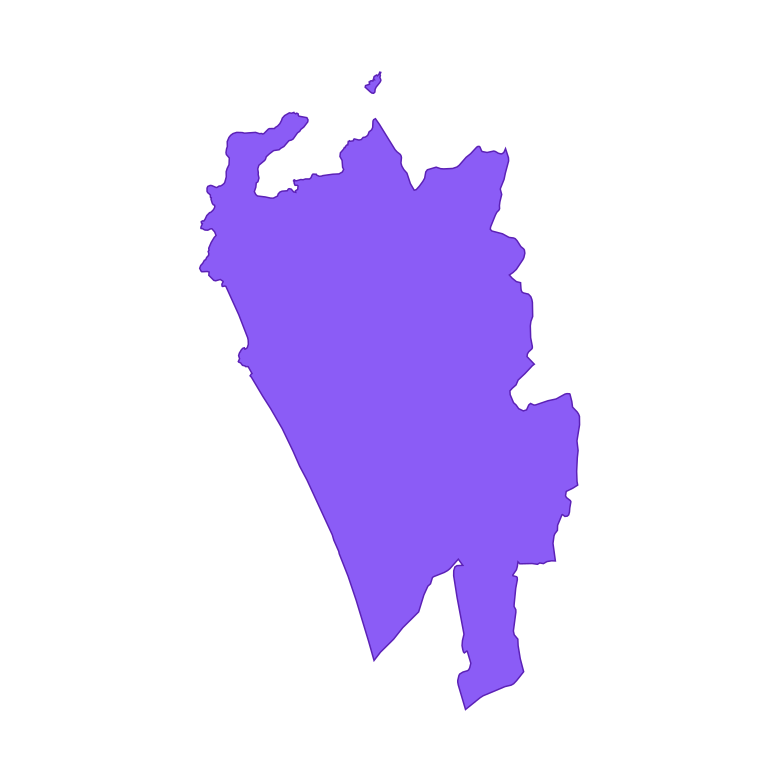 outline of Dong Hoa, Phú Yên, Vietnam, rotated 190°
{"feature_id": "81297802B45644811289425", "entity_name": "Dong Hoa", "entity_type": "district", "adm_level": 2, "iso_a3": "VNM", "parent_name": "Vietnam", "parent_adm1": "Phú Yên", "projection": "robinson", "projection_center": [109.384, 12.945], "detail": "fine", "context": "isolated", "style": "filled", "palette": "violet", "viewbox_px": 768, "rotation_deg": 190, "n_neighbors": 0, "source": "geoboundaries", "source_scale": "gbopen_adm2", "svg_char_len": 6157}
<svg xmlns="http://www.w3.org/2000/svg" viewBox="0 0 768 768"><g transform="rotate(190 384 384)"><path d="M345.8,110.0L340.9,119.3L330.2,134.4L323.2,147.3L310.3,165.6L308.1,183.2L305.7,192.5L303.5,195.3L302.7,201.7L301.8,202.8L291.9,208.9L289.0,211.3L287.0,213.6L280.4,224.4L274.9,219.1L280.6,217.8L282.4,216.1L282.9,212.2L282.1,207.3L274.9,186.3L262.2,152.6L261.8,151.3L262.2,144.9L261.7,139.9L260.3,136.1L259.2,133.9L258.2,133.1L256.0,135.4L255.5,135.1L250.0,124.1L250.3,119.5L250.9,117.4L251.9,116.2L256.3,114.0L259.1,111.5L259.6,109.9L259.9,105.0L259.6,103.2L258.6,100.5L247.2,77.6L234.9,91.7L232.2,94.2L212.3,107.0L206.5,109.5L204.3,111.3L201.9,114.9L196.5,124.9L202.1,137.1L206.5,149.7L207.9,156.0L212.2,159.6L213.7,163.2L214.5,182.1L215.0,184.6L217.3,187.5L217.6,190.0L218.8,205.8L218.7,214.5L219.2,216.5L219.9,217.2L223.8,217.6L224.0,218.2L221.3,224.1L221.0,227.6L221.2,232.1L219.0,230.5L207.0,232.9L201.5,233.1L199.6,234.8L195.8,234.8L192.7,237.4L188.2,239.0L184.5,239.5L189.9,256.4L190.2,264.1L189.7,266.3L187.8,270.0L188.5,275.0L186.0,286.2L185.5,286.4L182.9,285.0L180.6,285.7L179.4,287.2L179.1,290.1L179.5,294.3L179.5,300.5L180.2,301.5L184.5,303.8L185.8,305.3L185.9,308.9L185.8,309.9L179.7,314.4L175.7,318.1L177.0,321.6L179.1,331.4L180.8,344.8L181.3,352.2L184.1,361.5L184.3,377.7L185.9,386.1L187.2,388.2L188.9,390.0L194.3,394.0L196.0,399.4L199.1,406.3L199.5,406.6L202.1,406.3L204.0,405.5L212.0,399.1L219.6,396.0L231.1,389.7L232.7,389.3L236.3,390.3L237.8,388.5L239.1,383.3L242.1,381.7L247.1,383.1L250.3,386.3L253.2,388.1L257.9,395.4L258.8,399.1L257.0,402.0L253.8,406.0L252.6,411.2L247.0,418.7L241.0,427.9L239.4,429.6L247.9,435.8L248.0,438.5L247.1,440.8L244.4,444.4L244.2,445.4L244.5,446.9L247.6,455.0L250.0,466.7L250.2,471.1L249.3,476.3L252.0,490.1L253.0,492.8L254.6,495.5L257.4,497.6L262.5,497.9L264.0,498.5L265.1,500.0L265.7,501.8L267.1,507.5L271.4,507.8L276.2,510.5L279.5,513.1L276.4,516.1L273.6,519.8L268.8,530.7L268.2,532.8L268.0,537.3L269.0,540.3L269.9,541.3L273.1,543.1L277.8,548.2L280.0,549.9L281.7,550.3L286.3,550.1L293.4,552.5L304.3,553.4L306.2,554.8L306.3,557.2L303.6,569.9L302.7,572.7L301.0,575.2L300.6,576.7L301.3,579.7L301.5,583.5L301.0,591.1L303.2,595.8L303.3,596.9L301.3,606.3L301.1,612.8L300.0,625.3L300.7,628.4L305.2,636.9L306.1,633.1L307.3,631.6L308.6,630.9L311.5,631.1L314.6,632.3L316.3,632.5L322.7,629.9L327.7,630.0L328.5,630.7L330.6,634.0L331.3,634.5L332.7,634.3L333.8,633.4L338.7,625.8L342.5,621.5L347.9,612.5L349.8,610.4L353.8,608.2L362.6,606.2L365.7,605.9L370.3,606.6L378.5,602.5L379.7,600.1L379.7,593.8L380.9,590.3L383.5,585.0L386.0,581.0L387.9,580.1L392.8,585.9L398.0,595.6L401.7,598.6L404.3,601.7L405.7,604.6L406.1,609.9L406.7,611.5L407.8,612.9L411.5,614.9L413.8,616.7L433.7,639.0L438.5,643.8L440.1,642.5L440.5,641.0L439.7,634.7L440.3,632.2L442.5,629.7L443.0,626.7L443.8,625.4L445.3,623.9L447.4,623.2L448.8,620.8L451.0,619.9L455.7,620.2L456.4,619.7L456.3,618.7L456.7,618.1L459.3,617.2L460.3,617.5L460.5,617.0L461.3,616.7L461.2,613.2L462.3,612.8L463.1,611.4L463.3,610.1L464.1,610.0L464.6,608.3L467.1,604.1L466.9,600.4L464.1,596.9L462.4,590.2L461.0,588.4L461.8,585.6L464.8,583.1L470.9,581.7L480.5,578.6L481.8,577.8L484.0,577.3L486.9,578.2L487.1,578.8L490.4,578.4L491.1,577.3L491.7,574.5L492.9,573.0L496.9,572.3L499.2,571.1L501.5,570.9L505.4,569.0L506.7,568.8L507.5,569.5L508.0,569.4L508.4,568.3L507.5,567.6L507.5,566.5L506.4,564.5L506.0,564.2L503.8,564.6L503.0,564.0L502.8,560.7L504.8,558.8L504.2,557.4L506.4,557.5L509.2,559.8L511.2,559.9L512.0,559.5L512.9,557.5L517.9,556.2L519.9,554.9L521.2,552.8L521.5,550.6L525.3,547.8L527.9,547.4L533.3,547.6L541.3,547.2L543.1,548.3L545.1,550.9L544.4,555.5L544.7,559.8L543.3,561.3L542.9,565.1L544.3,568.5L544.5,570.4L545.7,573.9L545.2,577.7L540.4,583.4L539.8,584.5L539.4,587.4L536.8,590.8L533.2,594.7L527.9,596.5L526.6,598.2L523.8,600.5L519.9,607.1L517.5,608.2L516.0,609.5L512.8,616.3L510.9,618.2L510.1,620.3L507.6,623.1L504.6,628.9L504.7,630.9L506.2,632.9L514.3,633.0L515.2,633.9L515.3,635.0L516.9,635.6L517.8,634.8L519.5,635.2L519.9,635.8L522.0,634.6L524.3,634.6L528.5,631.1L530.3,628.2L530.7,625.7L531.8,622.3L533.6,619.5L535.7,617.7L536.1,616.6L541.3,615.6L542.2,614.9L545.9,609.6L547.1,609.1L547.9,609.5L550.1,608.9L554.2,609.5L564.9,606.8L567.3,607.0L572.8,606.2L576.2,604.4L578.2,602.3L579.5,599.9L580.5,595.5L579.5,590.6L579.9,588.2L579.8,584.5L579.1,582.6L575.6,579.7L574.7,573.1L575.9,568.9L576.3,565.7L575.3,560.5L575.8,555.1L576.3,553.7L577.9,551.8L579.5,550.5L580.7,550.4L582.6,548.6L583.4,548.4L588.1,549.5L589.6,549.4L591.8,548.0L592.3,546.2L591.7,542.9L590.8,541.8L587.9,540.1L587.4,538.0L587.2,537.5L586.4,537.4L586.4,535.8L584.6,532.3L583.3,530.9L581.9,530.6L581.4,529.2L581.7,527.4L582.7,525.2L584.6,522.8L585.5,522.5L587.8,519.1L588.8,515.3L589.8,513.2L591.2,513.1L592.2,512.0L591.6,510.7L590.7,510.3L591.5,506.8L591.4,505.6L591.0,505.3L589.9,505.5L587.5,504.6L586.3,504.6L584.2,504.9L581.7,506.7L580.5,507.0L577.2,504.4L575.2,501.1L576.7,498.8L578.8,493.3L580.2,487.3L579.6,485.3L580.2,484.0L579.2,482.0L579.1,480.2L580.6,477.9L581.2,475.5L582.4,474.6L583.5,471.4L585.1,468.9L585.6,465.9L583.7,463.3L582.9,462.9L577.5,464.1L575.7,463.9L575.4,460.6L569.6,456.5L567.7,456.4L563.4,458.5L560.4,457.2L560.2,456.7L561.0,454.2L560.5,452.3L559.8,452.0L557.9,452.8L556.7,452.7L539.0,426.9L526.3,405.9L525.4,403.7L524.5,399.6L524.9,396.4L525.4,395.4L526.8,394.2L527.2,394.2L527.8,395.4L529.1,394.8L530.3,393.2L531.8,389.3L532.1,386.7L530.6,383.8L531.4,380.8L530.8,380.3L528.9,379.9L526.6,377.8L524.1,377.7L523.4,377.1L520.8,377.5L515.8,371.4L516.4,370.9L517.3,368.8L515.8,367.7L501.3,350.9L491.3,340.0L476.5,322.4L462.0,302.2L452.8,288.4L443.2,276.1L408.7,226.4L406.3,221.5L399.5,211.3L398.6,209.0L386.0,188.5L373.8,166.1L354.4,127.8L345.8,110.0ZM449.4,680.4L450.3,679.7L450.4,678.9L451.0,678.8L450.3,676.7L454.0,674.7L454.1,673.0L448.1,669.2L446.4,668.4L444.7,668.5L443.7,669.9L443.9,672.7L443.3,675.0L440.4,680.3L439.8,682.2L440.1,683.3L441.4,685.4L441.1,687.0L441.7,687.9L441.3,690.3L442.3,690.4L442.7,688.5L444.0,686.4L445.0,687.0L447.1,685.1L447.3,682.8L446.4,682.0L447.5,681.8L447.6,680.5L449.4,680.4Z" fill="#8b5cf6" stroke="#5b21b6" stroke-width="1.5"/></g></svg>